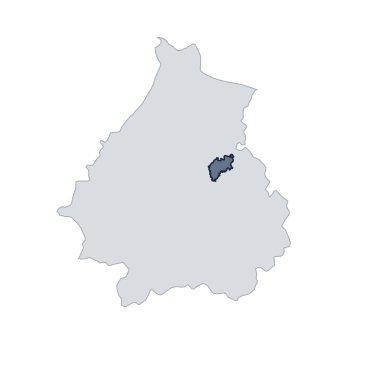 location of Valozhyn, Minsk, Belarus, rotated 117°
{"feature_id": "67162791B19881563690612", "entity_name": "Valozhyn", "entity_type": "district", "adm_level": 2, "iso_a3": "BLR", "parent_name": "Belarus", "parent_adm1": "Minsk", "projection": "orthographic", "projection_center": [26.67, 54.05], "detail": "fine", "context": "in_parent", "style": "filled", "palette": "slate", "viewbox_px": 384, "rotation_deg": 117, "n_neighbors": 0, "source": "geoboundaries", "source_scale": "gbopen_adm2", "svg_char_len": 8437}
<svg xmlns="http://www.w3.org/2000/svg" viewBox="0 0 384 384"><g transform="rotate(117 192 192)"><path d="M302.9,262.8L297.5,262.9L291.0,263.4L287.6,266.2L283.5,265.2L280.8,266.8L274.8,274.2L272.5,278.1L270.5,284.0L269.2,288.3L270.2,291.3L271.5,294.0L272.0,297.0L272.7,299.3L271.2,301.1L270.4,303.6L267.6,303.3L264.1,301.2L263.2,297.8L260.5,295.5L258.8,294.4L256.0,294.3L251.6,295.6L245.8,296.7L241.4,297.2L239.0,298.5L235.5,299.8L234.1,298.4L232.0,294.6L230.2,290.8L229.1,289.2L228.1,288.7L226.9,288.9L225.6,290.1L224.6,291.4L220.9,293.0L219.4,294.4L217.7,298.0L216.5,297.8L215.2,297.0L213.7,293.1L211.8,292.2L208.7,292.3L204.8,291.5L201.7,290.4L200.6,290.7L198.8,292.4L196.8,292.7L192.4,291.3L191.5,292.0L189.1,296.4L187.9,296.6L187.2,296.1L187.5,292.3L185.0,291.0L180.7,290.8L177.7,291.4L176.2,291.2L175.4,290.5L171.7,284.1L169.8,283.7L166.3,284.1L161.1,283.3L155.2,281.9L152.0,281.3L150.3,279.9L146.7,279.4L136.9,276.6L132.9,276.1L127.1,275.9L118.1,275.2L112.4,275.4L109.7,276.2L106.7,276.7L96.0,277.2L92.2,277.7L91.1,279.1L89.7,282.0L85.2,286.9L80.8,290.1L80.0,290.4L77.6,288.5L75.5,287.8L73.1,287.5L71.3,288.0L70.2,288.8L70.2,292.8L69.9,293.1L68.2,288.3L68.6,284.1L69.7,281.8L71.1,279.6L70.7,276.4L72.1,272.1L72.3,269.0L71.8,267.6L70.8,266.0L68.2,264.2L67.0,262.8L63.4,260.8L59.8,258.4L59.2,257.0L59.5,256.1L60.2,254.7L63.2,250.6L66.4,246.7L68.4,245.1L78.9,240.4L80.5,238.6L81.0,235.5L81.1,229.3L80.7,223.6L80.1,219.7L78.4,212.2L73.8,196.8L71.4,180.9L73.4,181.9L78.1,182.5L82.0,181.6L83.9,181.5L85.6,181.9L90.7,181.2L91.8,182.7L94.0,184.0L98.5,182.3L102.4,180.2L106.4,180.6L107.0,179.5L108.1,173.9L109.4,172.8L114.1,173.4L115.9,172.5L117.8,169.8L120.7,168.1L123.0,168.1L125.5,166.3L126.7,167.6L127.2,169.9L126.4,171.7L126.7,172.5L128.4,173.4L131.3,173.4L133.2,172.7L133.7,171.6L133.7,169.7L133.2,167.9L132.0,166.4L129.7,165.5L128.1,165.5L127.9,164.5L128.5,162.4L129.9,158.6L131.7,155.1L132.8,153.8L133.0,152.6L132.8,150.5L132.8,146.7L134.5,141.4L136.6,137.4L139.4,136.1L142.8,135.5L145.0,133.6L146.1,131.4L147.1,128.0L148.2,127.3L156.4,127.8L157.6,124.3L158.3,123.4L159.9,122.4L161.0,121.2L160.6,120.2L158.5,119.6L153.6,119.1L152.6,117.9L152.9,116.6L154.2,113.0L155.5,108.5L156.1,105.0L156.2,102.9L156.9,102.3L160.8,101.7L162.2,101.0L165.5,96.1L168.1,95.3L174.8,96.5L177.9,96.4L181.8,96.7L182.1,96.2L183.4,91.4L189.9,83.7L193.3,81.0L195.5,80.4L196.3,80.5L199.9,84.4L200.7,84.6L203.1,82.8L207.1,82.6L209.0,83.9L211.9,88.8L213.3,89.3L217.1,86.5L219.3,85.5L220.7,85.5L228.3,89.0L228.9,90.2L229.0,91.6L228.0,96.2L229.7,98.9L231.6,100.6L235.3,97.4L236.7,96.5L238.2,96.4L240.2,95.2L241.7,93.4L243.1,92.7L245.8,93.0L250.8,92.3L256.7,94.7L257.2,95.5L260.3,98.5L261.4,100.1L262.4,100.5L264.0,102.0L266.2,102.8L267.6,102.4L268.3,102.9L269.0,104.1L269.2,106.1L269.3,112.1L267.4,115.3L267.2,116.4L267.4,117.7L269.2,120.1L271.6,124.0L272.2,126.3L272.3,128.0L269.7,133.2L268.8,134.5L268.3,137.0L268.1,139.6L268.3,140.6L273.5,144.4L277.3,146.3L278.2,147.3L278.3,148.0L276.7,152.5L276.5,153.6L279.6,155.3L281.4,158.0L283.2,162.5L286.3,166.7L297.2,172.5L298.2,173.6L298.6,174.9L298.5,178.0L297.0,183.9L298.9,184.6L303.5,184.0L309.3,184.3L316.4,187.9L316.6,189.7L316.0,191.4L316.6,193.1L317.5,194.5L323.8,198.6L324.5,199.9L324.8,202.1L324.7,203.7L323.1,204.2L321.3,205.1L318.5,207.3L317.5,210.2L313.0,214.4L310.1,216.3L307.7,216.6L302.0,216.2L299.8,214.5L298.9,212.8L296.7,212.2L293.7,212.3L289.7,212.9L289.0,213.5L288.4,215.6L287.0,219.4L285.9,221.5L291.5,228.3L294.2,231.1L295.2,232.8L295.2,234.1L294.1,235.7L294.5,238.7L297.3,242.5L296.5,243.2L296.6,248.2L296.9,253.4L297.7,254.6L299.1,255.6L300.4,257.4L302.7,261.7L302.9,262.8Z" fill="#d9dde1" stroke="#a8b0b8" stroke-width="1"/><path d="M167.9,184.2L168.1,184.0L168.2,183.6L168.3,183.2L168.6,183.0L168.8,182.9L169.2,182.8L169.5,182.7L169.8,182.5L170.0,182.3L170.1,182.1L170.2,181.9L170.2,181.7L170.1,181.3L170.0,181.1L170.0,180.8L170.1,180.6L170.3,180.4L170.5,180.4L170.7,180.2L170.8,180.1L171.0,180.1L171.3,180.1L171.5,180.2L171.9,180.1L172.1,179.9L172.1,179.7L172.4,179.5L172.6,179.3L172.6,179.2L172.5,178.9L172.3,178.6L172.4,178.2L172.4,177.9L172.2,177.9L172.1,178.0L171.9,178.0L171.8,177.9L171.8,177.7L171.8,177.4L171.7,177.3L171.7,177.0L171.7,176.9L171.8,176.6L171.8,176.4L171.8,176.1L171.6,175.9L171.4,176.0L171.4,176.3L171.2,176.7L171.0,176.9L170.8,177.0L170.6,177.2L170.3,177.3L170.2,177.2L170.3,176.9L170.3,176.7L170.3,176.4L170.1,176.4L169.8,176.3L169.4,176.2L169.2,176.2L168.8,176.0L168.7,175.9L168.3,175.7L168.1,175.7L167.8,175.7L167.6,175.7L167.3,175.6L167.2,175.6L166.9,175.6L166.6,175.6L166.4,175.7L166.2,175.7L166.1,175.8L165.9,175.8L165.5,175.7L165.4,175.5L165.3,175.3L165.2,175.1L165.1,174.9L164.9,174.8L164.7,174.8L164.4,175.0L164.3,175.3L164.2,175.3L163.9,175.5L163.8,176.0L163.6,176.3L163.4,176.3L163.1,176.3L162.8,176.1L162.7,175.8L162.6,175.6L162.4,175.4L162.2,175.4L161.7,175.3L161.6,175.2L161.4,175.3L161.3,175.5L161.2,175.6L160.9,175.8L160.7,175.7L160.6,175.4L160.4,175.2L160.2,175.2L159.8,175.1L159.6,175.0L159.5,174.8L159.7,174.6L159.9,174.6L160.2,174.5L160.4,174.3L160.5,174.1L160.5,173.9L160.4,173.7L160.2,173.7L159.8,173.5L159.7,173.5L159.4,173.7L159.2,173.6L159.1,173.4L159.3,173.3L159.3,173.2L159.4,172.8L159.4,172.5L159.3,172.3L159.3,172.0L159.2,171.9L159.0,172.0L158.9,172.2L158.7,172.2L158.6,171.9L158.3,171.8L158.2,171.8L158.0,172.1L157.9,172.1L157.8,171.7L157.9,171.4L157.8,171.2L157.7,171.2L157.4,171.3L157.4,171.5L157.1,171.7L156.9,171.5L156.9,171.3L156.9,171.2L156.6,171.0L156.4,171.0L156.2,171.1L155.9,171.3L155.6,171.4L155.2,171.3L155.0,171.1L154.8,171.1L154.6,170.9L154.4,170.8L154.2,170.7L154.2,170.3L154.3,170.0L154.3,169.8L154.4,169.6L154.6,169.4L154.8,169.2L155.1,169.1L155.2,168.9L155.3,168.7L155.2,168.4L154.8,168.3L154.6,168.2L154.4,168.1L154.2,168.1L153.8,168.0L153.5,168.0L153.2,168.0L152.9,167.8L152.8,167.6L152.8,167.4L152.7,167.1L152.6,166.8L152.4,166.8L152.1,166.8L151.9,167.2L151.8,167.5L151.7,167.8L151.6,168.1L151.3,168.4L151.0,168.9L150.6,169.4L150.4,169.6L150.0,169.9L149.7,170.2L149.2,170.3L148.7,170.4L148.1,170.4L147.5,170.1L147.3,169.9L147.0,169.6L146.6,169.4L146.3,169.4L146.0,169.5L145.9,169.5L145.5,169.6L145.1,169.6L144.9,169.7L144.7,170.0L144.4,170.3L143.7,170.9L143.1,171.4L142.9,171.5L142.5,171.7L142.1,171.6L142.0,171.3L142.0,171.1L141.9,170.9L141.7,170.9L141.5,171.0L141.4,171.1L141.3,171.5L141.2,172.0L141.0,172.4L140.7,172.6L140.5,172.8L140.4,173.1L140.4,173.4L140.6,173.9L141.0,174.1L141.3,174.4L141.9,174.6L142.4,174.6L142.8,174.5L142.9,174.2L142.8,173.8L142.6,173.5L142.8,173.4L143.0,173.3L143.2,173.5L143.4,173.5L143.7,173.2L143.8,173.4L143.9,173.6L143.6,174.1L143.6,174.4L143.5,174.8L143.5,175.1L143.7,175.4L143.9,175.7L144.0,176.2L144.0,176.4L144.1,177.0L144.2,177.5L144.3,178.0L144.4,178.5L144.6,178.9L144.9,179.2L145.1,179.4L145.7,179.4L146.1,179.3L146.5,179.0L147.1,178.7L147.6,178.4L148.0,178.2L148.3,178.0L148.6,177.9L148.9,178.2L149.0,178.6L149.0,179.1L149.0,179.6L149.1,180.1L149.1,180.6L148.9,180.8L148.9,181.0L148.9,181.3L149.1,181.4L149.3,181.4L149.6,181.2L149.9,180.9L150.2,180.8L150.5,180.7L150.8,180.5L150.9,180.8L151.2,181.2L151.5,181.7L151.7,182.0L151.9,182.6L151.9,183.2L151.6,183.4L151.1,183.6L150.8,183.7L150.4,183.7L150.0,183.9L149.9,184.1L149.9,184.4L150.2,184.7L150.2,184.9L150.2,185.2L150.5,185.1L150.8,185.1L151.0,185.1L151.3,185.1L151.5,185.0L151.7,185.5L151.9,185.6L152.0,185.7L152.2,185.8L152.4,185.9L152.6,186.0L152.8,186.1L153.0,186.2L153.3,186.4L153.6,186.6L153.8,186.7L154.0,186.7L154.3,186.6L154.5,186.5L154.7,186.4L154.9,186.4L155.2,186.6L155.4,186.7L155.6,186.7L156.0,186.7L156.5,186.8L156.8,187.1L157.0,187.4L157.1,187.5L157.4,187.5L157.6,187.6L157.9,187.6L158.2,187.7L158.4,187.8L158.6,187.9L158.8,188.0L159.1,188.0L159.3,188.0L159.4,187.9L159.6,187.9L159.8,188.0L160.1,188.0L160.3,187.9L160.5,187.8L160.7,188.0L160.8,188.3L160.9,188.5L161.0,188.5L161.3,188.5L161.6,188.5L161.9,188.5L162.0,188.8L162.2,188.7L162.4,188.5L162.5,188.4L162.4,188.2L162.2,188.1L162.2,187.9L162.2,187.7L162.4,187.6L162.6,187.6L162.8,187.5L163.0,187.4L163.4,187.4L163.7,187.2L163.9,187.1L164.1,187.1L164.4,186.9L164.5,186.7L164.8,186.3L164.9,186.1L164.9,185.9L164.7,185.8L164.7,185.7L164.7,185.4L164.8,185.2L165.0,185.2L165.3,185.1L165.5,185.2L165.6,185.3L165.8,185.3L166.0,185.2L166.2,184.9L166.4,184.7L166.5,184.5L166.6,184.3L166.6,184.1L166.8,183.9L166.9,184.0L167.0,184.1L167.0,184.3L167.4,184.4L167.5,184.4L167.9,184.2L167.9,184.2Z" fill="#64748b" stroke="#1e293b" stroke-width="1.5"/></g></svg>